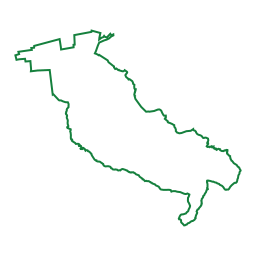 Tarlungeni, Brasov, Romania
{"feature_id": "2599482B11414107906146", "entity_name": "Tarlungeni", "entity_type": "district", "adm_level": 2, "iso_a3": "ROU", "parent_name": "Romania", "parent_adm1": "Brasov", "projection": "orthographic", "projection_center": [25.868, 45.603], "detail": "fine", "context": "isolated", "style": "outline", "palette": "green", "viewbox_px": 256, "rotation_deg": 0, "n_neighbors": 0, "source": "geoboundaries", "source_scale": "gbopen_adm2", "svg_char_len": 5851}
<svg xmlns="http://www.w3.org/2000/svg" viewBox="0 0 256 256"><path d="M193.1,129.2L190.7,130.8L186.4,131.2L181.5,133.0L179.3,133.3L177.0,132.5L175.8,131.0L175.9,129.8L175.3,128.0L174.6,127.3L174.3,126.3L174.2,125.1L173.7,125.0L172.4,124.1L169.9,123.0L168.2,122.5L167.8,122.1L167.8,121.3L164.8,118.8L165.1,118.2L165.6,118.2L165.9,117.2L165.8,115.6L164.1,115.7L163.4,115.0L162.2,112.9L161.3,110.8L160.4,109.9L159.2,109.4L157.7,109.6L154.1,111.0L149.3,111.7L148.6,111.5L146.1,111.7L141.2,106.9L135.4,98.9L134.6,96.0L134.9,95.8L134.5,95.3L134.3,94.4L134.5,94.1L134.5,93.1L134.9,92.7L135.0,92.2L134.9,91.8L135.0,91.2L135.5,90.8L135.5,90.3L135.2,89.9L135.7,89.5L135.7,89.3L135.2,89.4L134.4,88.4L134.2,86.5L134.4,84.8L133.1,83.8L133.0,82.7L132.3,81.2L129.6,79.2L128.7,79.6L128.4,79.4L128.2,78.7L126.2,77.1L125.4,75.3L125.5,74.8L127.0,72.9L127.2,72.2L126.9,71.7L124.7,70.2L124.5,70.6L123.5,71.2L122.5,71.3L118.7,70.2L118.7,69.9L118.0,69.9L116.4,68.5L115.2,69.0L114.0,67.4L114.0,66.4L113.3,66.0L108.5,62.2L107.7,60.4L99.2,54.9L98.8,55.3L96.8,54.1L94.9,53.4L95.9,51.2L97.9,45.5L99.2,42.6L104.2,40.4L106.7,39.6L109.1,38.4L111.3,36.4L113.4,35.4L113.3,34.4L111.3,35.4L110.3,33.8L106.9,37.4L104.8,36.8L104.1,35.9L103.3,37.1L101.4,37.8L99.2,39.5L99.4,37.6L100.4,33.0L91.6,30.6L91.4,31.9L74.3,35.1L74.7,44.6L73.5,44.8L73.6,47.3L61.1,49.5L60.8,46.8L59.6,39.1L34.2,45.9L34.1,47.7L31.3,48.0L31.8,49.9L18.4,51.8L19.1,54.1L15.4,55.3L16.5,59.8L19.1,59.3L25.0,58.8L25.5,61.5L30.4,61.1L31.1,69.4L30.9,71.3L37.6,70.5L49.7,70.0L52.7,94.5L53.2,94.1L58.7,100.0L59.3,100.4L61.0,100.4L62.8,101.3L65.5,102.2L67.9,102.3L68.6,104.1L68.6,105.3L68.4,106.1L68.6,106.9L68.5,107.2L67.1,108.7L66.7,109.8L66.8,110.7L66.0,112.2L66.2,112.7L66.1,113.4L65.9,113.6L66.1,114.3L67.0,115.2L67.1,116.0L66.8,116.9L66.8,117.9L67.6,119.7L67.8,120.7L67.6,123.0L67.8,124.5L68.2,125.3L68.3,126.2L68.2,126.5L67.6,126.7L67.2,127.1L67.2,127.5L67.5,128.0L70.7,129.3L70.7,130.1L70.2,131.1L70.2,131.6L70.6,132.5L70.9,135.2L70.8,137.0L70.9,138.7L71.2,139.4L72.1,139.5L72.3,140.2L72.0,140.8L72.2,141.1L75.2,143.0L75.8,143.9L78.2,143.8L78.8,144.0L79.7,144.8L79.8,145.3L78.9,145.7L79.0,146.0L80.9,146.0L81.1,146.8L81.7,147.4L80.5,148.5L80.7,149.0L82.3,149.1L82.7,148.9L82.5,148.0L83.4,147.9L85.0,149.3L85.1,150.0L85.5,150.7L86.1,150.2L87.0,150.2L87.7,150.5L88.0,151.2L89.0,151.5L90.6,152.9L90.8,153.5L91.5,154.0L91.8,155.3L94.5,159.5L95.1,160.0L96.3,160.3L96.2,160.8L96.6,161.1L98.1,161.6L98.9,161.5L100.1,161.8L101.6,163.0L102.3,163.3L102.7,163.9L103.2,164.0L103.6,165.4L104.5,166.1L105.5,166.4L108.1,166.2L109.9,166.6L110.5,167.0L111.1,168.2L111.7,168.3L112.8,169.4L114.3,169.6L115.6,169.4L116.1,169.6L116.9,169.6L118.2,170.5L119.8,170.2L120.3,170.4L121.5,169.3L122.7,169.0L125.5,169.9L126.2,170.3L126.8,170.3L127.2,170.8L127.6,170.9L127.7,171.2L129.3,172.2L129.7,172.0L130.5,172.5L131.4,172.5L131.9,172.2L132.8,172.4L133.5,172.3L134.1,172.9L134.8,173.1L136.0,174.3L138.8,175.3L139.6,176.7L142.2,178.5L142.3,178.9L142.8,179.1L142.8,179.4L143.5,179.5L144.9,181.1L146.2,180.8L146.8,181.1L148.7,181.1L149.9,181.9L150.4,182.0L150.7,182.5L151.8,182.8L152.2,183.4L155.0,184.4L155.7,185.3L158.6,186.6L159.5,187.7L159.6,188.2L160.6,189.3L161.0,189.5L163.7,189.9L169.1,189.8L170.7,190.1L171.4,191.6L172.1,191.3L173.4,191.1L175.2,191.1L177.1,191.7L180.3,192.1L184.0,193.7L185.3,194.0L186.1,194.0L187.5,193.5L189.4,194.5L189.4,194.8L189.0,195.4L188.8,196.5L188.0,197.8L187.9,200.6L188.1,201.7L189.2,203.5L189.6,204.8L190.0,205.4L190.1,206.0L189.7,207.5L188.6,209.6L188.3,210.9L187.6,211.7L186.8,212.2L186.0,213.4L183.3,214.3L181.3,214.5L180.6,215.0L179.8,216.2L178.8,218.7L179.1,219.3L180.3,219.4L181.0,220.1L181.1,221.0L181.1,222.1L181.7,222.9L182.8,223.8L183.0,224.2L183.6,224.7L184.1,225.4L185.0,225.3L186.0,224.7L186.7,224.6L187.7,223.4L189.4,222.8L190.8,221.6L192.1,221.0L192.7,221.0L194.5,219.8L195.1,218.8L195.6,218.4L195.6,218.0L195.3,217.6L195.7,216.9L195.8,216.0L196.5,214.2L196.8,213.9L197.2,212.8L197.0,212.1L196.6,211.6L197.0,210.4L197.6,209.9L197.6,209.5L198.7,208.9L199.1,208.0L200.8,206.1L200.9,205.6L201.3,205.2L201.3,204.8L201.7,204.0L201.8,203.3L201.5,203.1L201.7,201.9L201.3,201.0L201.3,200.7L201.7,200.1L201.7,199.1L203.0,197.4L203.2,196.9L203.1,196.2L204.3,195.1L204.8,193.8L206.0,192.1L206.6,190.1L207.9,189.1L207.8,188.8L207.1,188.3L207.1,187.8L207.5,187.3L207.5,184.1L207.0,182.2L207.3,181.6L207.0,181.2L207.1,180.7L207.9,180.5L210.4,181.0L212.5,181.7L213.2,181.6L214.9,182.4L216.5,182.7L217.1,183.3L219.2,184.0L219.8,184.8L222.0,185.8L223.3,187.1L224.3,188.7L225.3,189.7L226.2,189.8L226.7,189.5L228.2,189.6L229.1,188.8L230.1,187.0L231.6,185.3L234.3,183.0L235.1,182.7L235.8,182.9L236.8,182.0L237.3,180.3L237.4,179.2L237.8,178.6L238.0,178.0L238.4,175.3L239.2,174.2L239.5,173.4L239.5,172.3L239.8,171.7L240.6,170.7L240.6,170.3L239.8,169.1L239.4,168.0L238.7,167.4L238.6,167.0L237.7,166.6L236.7,165.0L233.8,163.2L232.2,161.0L231.5,160.7L230.8,159.1L230.4,158.7L230.4,158.0L230.1,156.8L230.1,156.1L228.8,155.5L228.3,154.5L227.7,154.3L227.1,153.6L227.0,153.1L227.2,152.8L227.0,152.4L227.0,151.8L227.5,151.0L227.4,150.0L226.3,149.9L225.0,150.6L224.4,150.4L223.5,151.1L221.8,151.0L220.2,150.2L219.8,149.6L219.9,149.2L218.4,148.8L216.7,149.8L216.5,149.5L216.1,149.4L216.5,148.9L216.1,148.6L215.4,148.8L214.9,148.3L214.5,148.6L214.1,148.5L213.8,147.7L213.9,147.3L213.7,147.0L212.8,147.3L212.7,147.0L212.8,146.8L212.3,147.0L212.3,146.7L211.8,146.2L211.4,146.5L211.2,146.8L210.6,146.6L209.8,147.1L209.6,146.8L209.2,146.7L207.8,147.0L207.1,146.7L206.7,146.3L208.2,143.9L208.1,143.3L207.3,143.3L207.2,143.1L207.8,142.7L207.7,142.5L207.8,142.4L207.7,141.7L208.0,141.4L208.3,140.2L208.0,138.6L206.1,137.7L205.1,137.6L203.8,138.0L203.1,137.9L201.5,135.9L200.1,135.2L198.6,134.8L197.3,134.1L196.1,132.5L195.9,131.6L194.8,130.6L193.5,130.2L193.1,129.7L193.1,129.2Z" fill="none" stroke="#15803d" stroke-width="2"/></svg>